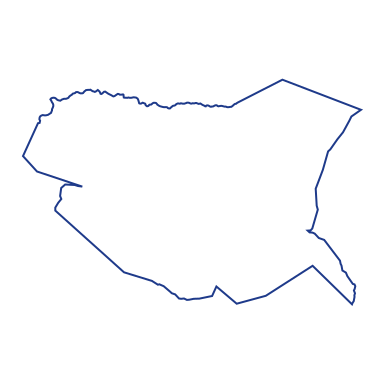 Santos Reyes Pápalo, Oaxaca, Mexico
{"feature_id": "50627088B34402945572854", "entity_name": "Santos Reyes Pápalo", "entity_type": "district", "adm_level": 2, "iso_a3": "MEX", "parent_name": "Mexico", "parent_adm1": "Oaxaca", "projection": "albers", "projection_center": [-96.887, 17.792], "detail": "fine", "context": "isolated", "style": "outline", "palette": "blue", "viewbox_px": 384, "rotation_deg": 0, "n_neighbors": 0, "source": "geoboundaries", "source_scale": "gbopen_adm2", "svg_char_len": 3247}
<svg xmlns="http://www.w3.org/2000/svg" viewBox="0 0 384 384"><path d="M212.1,296.0L216.4,286.5L236.7,303.7L265.8,295.8L312.6,265.8L352.0,304.3L352.5,303.0L353.7,301.2L354.5,297.0L354.4,295.2L355.0,293.3L353.9,290.5L354.6,289.1L355.3,286.2L354.5,284.4L352.8,283.9L347.4,276.2L345.9,272.6L342.4,270.5L341.5,265.6L340.6,263.8L340.0,260.7L324.2,239.9L318.8,238.0L314.7,233.6L312.5,232.6L309.6,232.4L307.7,230.6L310.6,230.4L312.3,228.5L317.8,209.6L316.7,205.7L315.7,188.7L317.5,184.0L318.3,181.9L322.9,169.7L328.1,151.4L330.3,149.4L337.3,139.4L343.0,132.3L349.4,120.6L351.4,116.5L361.0,109.8L282.4,79.7L238.0,102.4L236.8,103.1L236.2,103.7L235.0,103.9L234.1,104.5L232.7,105.8L231.4,106.8L230.1,106.9L229.1,107.1L227.9,107.2L227.0,107.1L225.8,106.6L224.5,106.6L223.4,106.3L221.8,105.9L220.7,105.9L219.4,106.1L218.3,106.3L217.6,106.0L216.9,105.4L216.1,105.2L215.1,105.4L213.9,106.0L213.2,106.4L212.5,106.5L211.7,106.5L211.0,106.8L210.0,106.5L209.1,105.9L207.9,105.4L207.0,105.4L206.2,105.7L206.0,105.9L205.8,106.3L205.2,106.3L204.3,105.7L202.5,104.9L200.4,103.5L198.7,103.9L197.3,103.4L196.4,103.0L195.5,103.0L194.7,103.3L193.7,103.4L192.8,103.2L191.6,103.6L190.5,103.5L189.3,102.9L188.4,102.7L186.9,102.7L186.4,103.0L185.4,103.3L184.3,103.7L183.4,103.7L182.3,103.6L181.6,103.4L180.8,103.3L180.4,103.5L179.9,103.7L179.2,103.6L178.0,103.4L177.2,103.7L176.3,104.1L175.5,105.0L174.7,105.5L173.1,105.8L172.5,106.1L172.0,106.6L171.3,107.2L170.6,107.7L170.2,108.3L169.1,108.5L167.9,108.1L167.3,107.4L166.2,107.1L164.9,107.1L164.2,107.2L163.4,107.1L162.5,106.9L161.0,106.5L160.0,106.2L159.1,105.8L158.1,105.1L157.4,104.7L156.8,103.8L156.0,103.0L155.0,102.8L153.6,102.8L152.6,103.3L151.3,104.5L149.6,104.7L149.1,105.0L148.9,105.4L148.4,105.9L147.6,106.2L146.9,106.2L145.7,105.2L145.2,103.7L142.7,102.7L141.0,103.6L140.0,103.6L139.2,103.3L138.3,100.1L137.6,98.6L136.1,97.6L134.7,97.4L133.4,97.3L132.2,97.6L131.2,97.8L129.7,97.8L128.3,97.5L127.5,97.8L124.6,97.7L123.8,97.5L123.6,96.2L123.5,94.8L123.0,94.4L121.2,94.7L119.9,94.7L118.7,94.0L117.7,93.9L114.5,96.1L113.3,96.4L111.1,95.1L108.4,93.8L105.2,91.6L104.0,91.8L102.2,93.5L101.2,94.0L100.5,93.7L100.2,92.8L99.5,91.5L97.8,90.0L95.8,91.5L94.8,91.9L93.6,91.4L92.6,91.2L90.4,89.7L89.7,89.9L87.7,89.9L86.0,90.1L85.5,90.6L84.5,91.3L83.0,93.1L82.3,93.3L80.3,93.3L79.1,92.8L78.3,92.3L77.1,92.0L75.9,92.2L75.1,93.0L73.9,93.4L72.7,93.7L71.9,94.7L70.4,95.6L69.2,96.6L68.7,97.4L68.4,97.8L67.4,98.3L66.0,98.8L64.0,98.8L62.0,99.5L60.3,100.7L59.3,100.5L58.1,100.2L57.1,99.7L56.1,98.7L54.9,97.9L53.7,97.7L52.2,97.9L50.9,98.6L50.4,99.4L51.2,100.6L51.9,102.1L52.9,103.6L53.3,104.9L53.3,106.1L52.8,107.6L52.0,109.3L52.0,110.5L51.5,111.5L51.1,112.8L49.6,113.8L48.1,114.8L46.1,115.3L44.9,115.4L43.6,115.2L42.5,115.1L41.1,115.7L40.2,116.4L39.7,117.3L39.5,118.2L39.4,119.4L40.1,120.7L39.6,122.9L38.0,123.2L23.0,156.1L37.0,171.5L82.3,186.6L77.9,186.0L74.8,185.0L65.2,184.5L61.2,188.0L60.1,196.0L61.3,199.0L58.2,202.8L55.3,207.6L55.3,210.6L124.0,272.3L152.2,281.0L152.4,281.2L157.9,284.7L159.4,284.3L160.7,284.9L163.7,286.2L170.6,292.1L171.7,293.2L175.2,294.4L179.0,298.5L181.2,298.8L184.0,298.5L186.9,299.9L188.3,299.8L189.3,299.7L193.8,298.8L197.2,298.7L199.0,298.7L212.1,296.0Z" fill="none" stroke="#1e3a8a" stroke-width="2"/></svg>